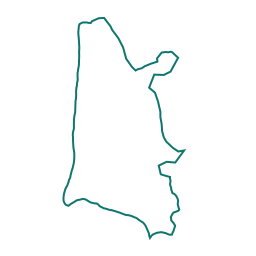 Okigwe, Imo, Nigeria, rotated 186°
{"feature_id": "59680162B88090020431393", "entity_name": "Okigwe", "entity_type": "district", "adm_level": 2, "iso_a3": "NGA", "parent_name": "Nigeria", "parent_adm1": "Imo", "projection": "equal_earth", "projection_center": [7.304, 5.82], "detail": "fine", "context": "isolated", "style": "outline", "palette": "teal", "viewbox_px": 256, "rotation_deg": 186, "n_neighbors": 0, "source": "geoboundaries", "source_scale": "gbopen_adm2", "svg_char_len": 3112}
<svg xmlns="http://www.w3.org/2000/svg" viewBox="0 0 256 256"><g transform="rotate(186 128 128)"><path d="M175.0,230.4L176.0,228.6L178.3,228.4L180.4,228.7L181.9,228.4L183.2,228.4L185.1,227.7L187.1,226.2L187.5,224.0L187.5,219.7L187.3,216.9L186.6,213.3L185.9,209.7L185.3,205.8L184.8,202.7L184.6,198.8L184.3,196.1L184.1,194.9L184.1,194.4L183.9,192.9L183.8,190.3L183.6,188.0L183.4,185.4L183.7,181.0L183.9,177.2L183.5,173.6L183.0,170.5L183.4,167.1L183.2,164.8L183.5,163.0L183.5,159.9L183.0,155.3L182.8,151.9L183.0,149.3L182.8,146.5L182.5,142.6L182.3,139.5L182.2,137.5L182.6,134.6L182.6,130.8L182.6,130.2L182.4,128.2L182.1,124.9L181.7,121.8L182.3,117.9L182.2,115.3L181.8,113.3L181.5,111.2L181.3,109.4L180.6,105.0L180.2,102.7L179.5,100.1L179.0,98.3L178.7,97.0L178.4,93.4L178.2,91.1L178.2,89.0L178.4,86.2L178.6,84.4L178.9,82.3L179.3,80.4L179.5,79.7L179.7,77.9L180.2,74.7L180.3,72.5L180.8,71.2L181.3,70.0L181.5,67.9L182.3,64.8L183.0,63.0L183.8,61.2L184.6,57.1L184.8,55.3L184.9,52.0L184.5,49.1L183.4,46.8L181.9,45.2L179.2,44.4L177.7,45.8L177.3,46.2L175.6,47.5L174.2,48.5L172.9,49.5L171.7,50.6L169.8,51.3L168.1,51.8L166.7,52.3L165.4,52.8L162.5,52.5L159.9,51.2L157.8,50.2L156.2,49.9L153.9,49.6L151.1,49.6L149.6,48.8L147.9,47.2L146.3,46.7L144.0,45.7L143.0,45.6L141.4,45.4L139.3,44.9L137.2,44.6L135.8,44.6L133.9,44.3L132.6,44.0L130.9,43.7L130.1,43.5L128.8,43.2L127.1,42.9L125.7,42.4L124.2,42.1L122.5,41.6L120.8,41.3L117.9,41.3L116.2,41.0L114.1,40.5L112.6,40.0L111.1,39.6L110.4,39.4L108.6,38.4L107.3,37.6L105.2,36.5L103.1,35.5L101.2,33.7L100.0,32.1L98.9,30.3L97.0,26.9L96.1,25.1L95.7,23.3L94.6,21.0L93.4,23.3L91.9,24.8L89.6,26.1L88.1,26.9L86.4,27.3L84.0,27.9L81.0,27.6L80.9,27.5L79.3,27.4L77.9,26.8L75.5,26.2L74.1,26.4L73.2,26.5L72.8,28.1L72.6,28.9L72.2,29.7L71.9,30.6L71.8,31.7L71.4,33.1L71.3,34.0L71.2,34.2L71.0,35.2L71.0,36.0L71.4,36.3L71.8,37.0L72.9,38.3L73.7,39.1L74.7,40.0L75.3,40.6L75.8,43.0L76.1,43.7L75.8,44.7L75.4,45.6L75.0,46.6L74.7,47.4L74.3,48.1L74.0,48.6L73.3,49.0L72.5,49.2L72.2,49.5L71.5,49.8L70.8,50.1L70.3,50.5L69.4,50.9L69.0,51.4L68.7,51.8L68.5,52.2L69.0,53.2L69.4,54.3L69.7,55.0L70.0,55.7L70.3,56.6L70.5,57.1L70.6,57.7L70.6,58.7L70.5,59.8L70.5,60.4L70.6,61.2L70.8,61.7L71.0,62.0L71.1,62.5L71.6,63.4L72.0,64.0L72.7,65.1L73.3,65.8L73.8,66.3L74.3,66.6L74.6,66.9L75.1,67.3L75.7,67.6L76.3,67.6L76.9,67.8L77.2,68.3L77.5,69.1L77.9,70.1L78.4,70.7L78.6,71.6L78.7,72.3L79.0,73.4L79.3,74.0L79.8,75.0L80.0,75.5L80.2,76.1L80.2,76.6L80.3,77.9L80.3,78.7L80.2,79.5L80.3,80.3L80.5,80.9L80.8,81.7L80.9,82.3L81.1,82.7L81.1,83.1L81.1,83.7L82.6,83.9L85.0,84.3L87.1,84.7L88.7,85.0L89.9,85.2L90.6,85.5L93.5,93.8L86.1,98.4L77.4,98.6L69.9,111.5L75.5,109.9L76.6,110.5L81.4,113.0L88.6,118.5L91.5,122.7L93.7,128.3L95.0,135.6L96.9,142.1L97.5,147.5L101.0,157.7L104.9,166.0L111.2,170.3L107.5,183.8L98.0,184.5L91.6,188.5L85.5,203.1L92.2,208.1L93.5,208.3L96.2,207.4L98.0,207.6L102.4,206.6L106.4,200.2L105.7,197.1L112.0,194.3L117.8,191.2L120.5,188.9L124.5,187.4L126.5,186.0L130.3,189.0L137.0,196.6L141.3,207.6L146.9,216.2L153.9,223.8L156.1,227.4L163.3,235.0L168.6,234.1L175.0,230.4Z" fill="none" stroke="#0f766e" stroke-width="2"/></g></svg>